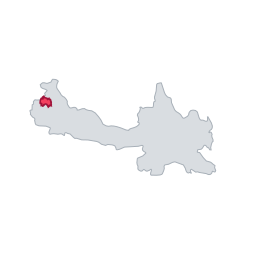 location of Sanamxay, Attapu, Laos, rotated 140°
{"feature_id": "54806243B21104398525557", "entity_name": "Sanamxay", "entity_type": "district", "adm_level": 2, "iso_a3": "LAO", "parent_name": "Laos", "parent_adm1": "Attapu", "projection": "robinson", "projection_center": [106.401, 14.728], "detail": "fine", "context": "in_parent", "style": "filled", "palette": "rose", "viewbox_px": 256, "rotation_deg": 140, "n_neighbors": 0, "source": "geoboundaries", "source_scale": "gbopen_adm2", "svg_char_len": 6180}
<svg xmlns="http://www.w3.org/2000/svg" viewBox="0 0 256 256"><g transform="rotate(140 128 128)"><path d="M96.4,40.8L97.4,42.8L102.0,48.2L102.8,49.6L104.5,50.7L105.9,55.5L106.5,55.8L107.3,55.5L107.9,54.8L108.4,53.0L108.7,52.8L109.3,54.3L110.6,54.7L111.1,55.4L111.3,56.5L111.1,57.7L110.0,60.4L109.3,64.1L113.8,71.9L115.8,73.0L120.3,74.2L123.4,76.0L124.9,75.6L126.3,73.6L127.9,72.5L131.0,70.9L131.9,70.8L133.6,71.4L136.4,73.4L140.6,77.0L140.5,78.0L139.7,78.9L137.4,80.4L136.7,81.3L137.1,81.7L139.0,81.9L141.2,82.7L141.9,83.7L142.3,85.8L142.7,86.2L144.7,86.0L145.4,86.3L146.1,87.0L146.8,88.8L146.8,90.2L144.8,92.5L144.5,94.0L143.5,95.7L140.6,98.5L139.9,98.7L134.7,97.1L130.5,97.3L130.2,97.9L130.9,99.7L131.1,101.4L130.5,102.7L128.1,104.3L128.0,105.1L128.5,105.8L131.9,107.4L142.9,115.6L148.0,117.1L150.2,118.2L150.7,118.7L150.7,119.5L150.1,120.4L149.7,122.0L149.6,122.9L150.1,123.9L151.0,125.3L154.1,128.4L156.4,129.1L158.8,132.7L159.5,135.8L160.6,137.8L166.4,144.6L171.1,148.7L174.0,153.2L175.4,154.2L175.8,155.8L176.2,160.6L177.9,162.9L178.2,163.9L178.9,164.6L179.7,164.7L181.4,163.2L181.8,163.4L182.5,165.9L183.2,166.8L185.7,168.3L188.4,171.3L189.9,172.4L191.7,173.3L192.0,174.2L191.6,175.2L191.1,175.8L187.9,177.5L187.5,178.3L189.6,182.1L194.8,186.9L196.4,189.7L196.1,191.1L194.6,193.9L193.6,194.6L193.3,195.5L194.1,197.8L194.0,201.2L193.0,202.1L192.1,204.2L191.4,204.4L189.9,203.6L186.5,207.3L185.1,207.1L183.4,209.1L181.2,209.4L179.7,207.9L176.5,205.4L175.4,203.9L174.4,205.2L172.7,206.5L170.3,206.0L169.7,207.9L169.2,208.2L166.4,208.5L165.8,208.8L166.3,210.5L168.0,213.3L168.5,215.0L167.4,217.6L164.5,217.6L163.1,216.5L161.4,214.2L157.6,212.7L155.1,213.7L154.3,213.7L152.4,211.8L151.7,210.6L151.3,208.7L154.2,207.3L155.6,206.1L156.6,204.9L157.0,203.6L157.5,198.3L157.9,196.5L157.7,194.2L156.9,192.4L156.9,189.7L157.3,187.5L158.4,186.4L159.2,184.9L159.7,181.3L159.3,180.4L158.2,179.6L156.4,178.8L155.2,177.7L154.8,176.5L154.8,175.4L155.4,174.4L154.0,173.4L150.7,172.2L148.8,170.8L148.4,169.2L147.1,167.1L144.7,164.4L143.4,160.6L143.3,155.7L143.6,151.6L144.7,147.0L143.3,143.6L141.8,141.8L139.6,140.5L137.6,138.6L135.7,136.2L133.4,132.6L130.8,127.8L129.0,125.7L128.0,126.2L126.1,125.7L123.1,124.4L120.6,123.6L118.4,123.5L116.9,123.8L116.3,124.5L116.2,125.3L116.8,126.0L116.5,126.5L115.3,126.9L114.4,127.7L113.3,129.5L112.6,131.8L111.5,132.6L109.8,132.8L108.1,133.5L106.5,134.6L105.7,135.5L105.8,136.0L105.5,136.2L104.7,135.8L104.3,135.1L104.3,133.9L103.5,133.1L101.8,132.7L99.9,131.4L96.2,128.1L95.3,127.9L94.1,128.8L92.5,130.6L91.2,131.4L90.2,131.0L89.4,131.7L88.8,133.3L87.8,134.7L82.7,138.2L78.2,142.8L77.1,143.2L74.4,141.9L73.5,141.1L77.3,131.7L77.9,129.4L77.8,126.4L76.2,123.8L76.2,123.1L76.4,122.3L78.4,119.4L80.6,111.9L80.5,109.6L79.6,107.0L79.1,104.6L79.5,101.3L79.4,100.0L78.3,99.3L74.9,98.7L72.9,99.2L72.0,100.1L70.9,100.7L68.7,101.0L66.7,99.9L65.0,98.0L64.6,95.6L66.8,90.6L67.3,88.7L67.3,87.8L66.9,86.8L66.4,86.7L65.3,85.5L64.3,83.4L63.3,82.5L62.3,82.7L61.5,83.4L60.0,85.4L59.6,85.2L60.9,78.2L62.1,75.3L63.5,73.9L65.0,73.3L66.5,73.5L67.8,73.3L68.9,72.6L68.8,72.2L67.6,72.1L67.1,71.3L67.4,69.8L67.9,68.8L68.8,68.4L69.6,66.9L70.4,64.4L71.4,63.1L72.5,63.1L74.5,62.0L77.3,59.8L78.4,57.8L79.4,58.7L79.0,61.1L79.5,61.6L79.8,62.5L79.6,63.8L79.9,65.0L80.3,65.5L80.9,65.8L83.8,64.8L85.6,64.7L88.5,66.5L90.3,65.2L90.3,64.7L88.9,63.1L89.4,57.0L89.2,52.4L86.8,48.9L86.4,47.6L86.1,45.3L85.5,43.4L87.2,41.9L88.1,39.1L89.4,38.4L89.8,38.5L91.2,40.6L93.1,39.5L94.5,39.5L95.7,40.1L96.4,40.8Z" fill="#d9dde1" stroke="#a8b0b8" stroke-width="1"/><path d="M170.0,197.7L170.0,197.9L169.9,197.9L169.9,198.1L169.7,198.2L169.8,198.2L169.7,198.3L169.6,198.5L169.5,198.8L169.5,199.0L169.4,199.2L169.4,199.3L169.5,199.3L169.6,199.5L169.4,199.6L169.5,199.7L169.4,199.8L169.3,200.0L169.5,200.3L169.4,200.5L169.5,200.6L169.8,200.7L169.8,200.8L169.9,201.0L170.0,201.1L169.9,201.2L170.0,201.2L170.4,201.4L170.5,201.4L170.4,201.5L170.5,201.5L170.8,201.4L170.9,201.5L170.8,201.8L171.0,201.9L170.9,202.1L171.0,202.1L171.1,202.3L171.3,202.5L171.2,202.7L171.1,202.8L171.2,203.0L171.3,203.4L171.3,203.5L171.5,203.7L171.6,203.9L171.8,204.0L172.0,204.2L172.0,204.3L172.0,204.2L172.1,204.3L172.0,204.5L172.1,204.8L172.3,205.0L172.5,205.1L172.6,205.4L172.5,205.5L172.5,205.4L172.3,205.4L172.2,205.4L172.2,205.5L172.2,205.9L172.3,205.9L172.5,205.8L172.7,206.0L172.3,206.2L172.2,206.3L172.1,206.5L172.3,206.6L173.0,206.5L173.4,206.6L173.7,206.6L173.9,206.3L173.9,206.2L174.2,205.9L174.3,205.8L174.3,205.7L174.2,205.5L174.1,205.2L174.3,205.0L174.5,205.2L174.8,205.3L175.0,205.4L175.0,205.5L175.1,205.8L175.3,205.8L175.4,206.0L175.4,206.3L175.4,206.5L175.6,206.5L177.2,205.6L177.3,205.5L177.4,205.4L177.5,205.4L177.7,205.2L177.8,205.1L178.0,204.9L178.5,204.5L178.6,204.3L178.8,204.0L179.1,203.9L179.3,203.6L179.2,203.5L179.2,203.4L179.2,203.2L179.3,203.0L179.4,202.9L179.5,202.8L179.5,202.7L179.4,202.5L179.2,202.7L178.9,202.6L179.0,202.5L179.0,202.4L178.9,202.5L178.8,202.4L178.6,202.3L178.6,202.2L178.5,201.9L178.7,201.7L178.8,201.6L179.0,201.4L179.6,201.0L180.0,200.9L179.9,200.8L179.6,200.7L179.4,200.5L179.3,200.4L179.3,200.2L179.3,199.9L179.4,199.7L179.2,199.5L179.1,199.4L178.9,199.4L178.8,199.5L178.7,199.7L178.4,199.7L178.1,199.5L177.8,199.7L177.5,200.0L177.4,200.1L177.2,200.0L177.1,199.8L177.1,199.7L177.0,199.4L176.8,199.4L176.5,199.5L176.3,199.6L176.0,199.5L175.8,199.5L175.7,199.4L175.5,199.2L175.4,199.1L175.3,198.9L175.2,198.7L175.0,198.4L175.3,198.1L175.3,197.9L175.3,197.7L175.0,197.5L175.0,197.4L175.2,197.2L175.3,197.1L175.3,196.8L175.3,196.7L175.5,196.2L175.5,195.9L175.5,195.6L175.5,195.4L175.6,195.2L175.3,195.2L175.2,195.3L174.9,195.4L174.7,195.4L174.7,195.5L174.3,196.0L173.9,196.0L173.9,195.9L174.0,195.9L174.0,195.7L173.9,195.6L173.7,195.5L173.6,195.4L173.6,195.2L173.4,195.2L173.2,195.0L172.9,194.9L172.7,194.8L172.7,195.0L172.6,194.9L172.6,195.0L172.4,195.0L172.4,194.9L172.3,195.0L172.3,194.8L172.2,194.8L172.0,195.0L171.9,195.3L171.6,195.4L171.6,195.5L171.7,195.8L171.6,196.0L171.4,196.1L171.2,196.2L171.1,196.3L170.9,196.3L170.7,196.5L170.6,196.8L170.4,196.9L170.4,197.1L170.3,197.3L170.2,197.4L170.1,197.5L170.0,197.7Z" fill="#f43f5e" stroke="#9f1239" stroke-width="1.5"/></g></svg>